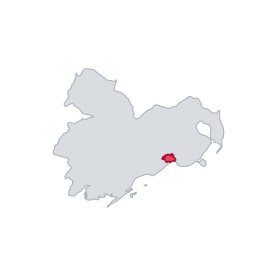 where Carabobo sits in Venezuela, rotated 147°
{"feature_id": "VEN-33", "entity_name": "Carabobo", "entity_type": "State", "adm_level": 1, "iso_a3": "VEN", "parent_name": "Venezuela", "parent_adm1": "", "projection": "mercator", "projection_center": [-67.927, 10.207], "detail": "fine", "context": "in_parent", "style": "filled", "palette": "rose", "viewbox_px": 256, "rotation_deg": 147, "n_neighbors": 0, "source": "natural_earth", "source_scale": "10m", "svg_char_len": 5051}
<svg xmlns="http://www.w3.org/2000/svg" viewBox="0 0 256 256"><g transform="rotate(147 128 128)"><path d="M212.0,101.2L214.3,104.3L214.1,105.1L212.6,105.8L211.8,107.6L209.9,108.3L207.3,110.5L205.6,110.7L203.0,114.2L204.4,117.0L204.1,118.4L204.7,119.1L207.8,119.2L208.1,120.0L207.7,121.1L207.1,121.8L203.0,124.1L201.0,123.9L200.2,124.6L197.6,125.1L196.8,126.4L197.5,128.2L197.8,131.2L194.4,134.8L202.7,144.2L203.6,144.7L204.5,146.9L204.2,148.2L202.7,149.7L200.6,150.8L199.4,152.7L198.1,153.1L195.9,153.0L194.7,154.0L193.3,154.4L192.4,155.9L184.7,158.3L181.4,157.6L177.6,159.4L176.9,163.8L175.7,164.8L174.3,164.8L169.6,160.3L167.2,160.9L165.6,160.3L160.9,160.5L158.7,158.0L153.8,157.8L151.9,156.1L151.1,156.1L150.7,156.6L152.6,159.4L158.3,164.9L158.4,169.8L161.0,176.6L160.6,178.7L162.1,179.4L168.9,179.9L168.9,182.3L168.0,183.4L166.6,183.6L163.1,185.4L161.0,186.0L159.7,190.0L158.5,191.1L157.3,192.1L155.0,192.1L151.8,194.7L150.7,194.6L148.1,195.9L143.8,199.6L142.4,201.8L141.3,201.9L141.7,199.9L141.2,198.8L140.2,198.3L139.2,198.2L138.0,198.7L134.9,200.6L131.8,201.1L130.2,200.2L124.5,195.1L124.4,193.3L123.0,189.2L120.1,181.6L120.2,180.2L115.6,176.3L115.0,175.0L113.1,174.5L111.9,175.0L112.2,173.7L118.4,168.2L118.9,167.1L116.5,163.5L115.2,162.5L114.4,161.3L112.9,157.1L112.5,153.8L112.0,153.1L112.6,145.1L112.4,143.3L112.8,142.0L114.0,141.1L114.7,139.6L114.8,137.7L115.5,136.1L116.8,134.9L117.3,133.6L116.7,131.7L115.6,130.9L111.9,130.3L110.9,130.9L104.1,132.0L100.7,132.0L98.2,131.4L96.2,131.6L93.9,132.7L92.8,132.1L91.9,132.4L83.0,121.7L79.7,121.5L75.2,120.0L71.7,121.2L70.2,121.3L63.9,120.7L60.5,121.3L59.0,120.7L58.0,119.9L56.4,116.4L54.1,115.8L53.1,114.4L53.4,108.7L54.5,107.1L54.1,104.6L53.8,103.3L50.6,100.2L48.9,94.0L46.9,93.6L46.2,92.3L45.6,92.0L43.9,92.9L42.0,93.2L41.7,92.9L46.3,85.2L48.0,76.1L50.3,71.6L53.4,68.0L55.9,66.9L59.6,60.8L67.8,58.2L65.6,60.1L60.8,61.3L59.6,62.0L59.8,64.1L61.2,67.0L63.7,69.3L62.5,69.5L63.0,71.6L64.2,73.0L64.3,73.9L63.4,76.7L59.7,81.0L57.7,84.8L59.2,87.1L59.4,88.2L62.2,91.0L61.9,92.1L63.1,94.4L65.0,94.7L68.8,93.3L70.8,90.9L71.2,86.2L70.8,84.6L68.5,80.6L66.9,79.0L65.6,75.5L64.9,72.3L66.0,71.6L65.9,69.9L68.5,69.5L74.1,66.7L77.7,66.1L81.6,64.6L83.4,62.7L84.0,62.6L86.1,63.7L87.1,63.3L87.5,62.4L86.9,60.7L82.2,61.3L81.0,57.9L82.0,55.2L84.6,54.1L86.4,55.7L87.6,60.7L89.3,63.2L94.4,62.7L99.6,63.8L105.0,67.4L106.7,71.0L106.0,71.9L106.3,73.5L107.1,75.1L108.3,76.0L111.8,76.3L123.0,74.5L132.5,74.2L134.3,75.0L134.5,76.3L137.5,79.1L146.8,81.5L150.3,81.2L158.8,76.5L163.3,76.6L164.6,75.9L162.9,75.2L159.1,74.9L158.0,75.4L157.4,74.2L162.8,73.8L167.6,74.1L171.5,73.2L174.6,73.3L177.7,72.7L183.6,73.4L188.2,72.8L187.7,73.6L183.7,74.2L181.8,75.3L177.8,75.1L175.0,75.5L175.9,75.9L175.9,77.0L176.7,77.3L177.9,78.7L178.2,79.9L177.2,81.7L178.4,81.5L179.0,80.9L179.0,79.6L179.6,79.8L182.6,85.2L183.8,84.0L184.7,84.7L184.7,82.7L185.7,82.8L187.8,84.1L190.0,87.2L189.7,84.8L191.4,84.8L191.9,83.8L195.5,87.2L199.3,88.2L202.1,90.7L201.5,92.0L199.8,92.6L199.1,93.4L197.9,97.4L196.3,100.5L191.5,100.6L195.5,103.0L197.0,102.0L199.0,101.9L202.0,100.6L206.0,101.2L207.8,100.2L210.0,100.3L212.0,101.2ZM163.1,67.8L163.5,69.5L162.2,70.9L160.5,71.0L159.1,70.0L158.4,70.2L156.0,69.7L156.7,68.8L158.4,68.3L159.7,69.4L160.8,69.4L161.1,68.6L162.5,67.3L163.1,67.8ZM201.2,96.0L198.7,97.3L198.5,96.0L200.5,94.5L201.3,95.4L201.2,96.0ZM145.7,70.7L145.0,71.0L143.1,70.3L143.5,69.8L144.5,69.8L145.7,70.7ZM201.7,93.6L200.2,94.0L200.6,93.1L202.2,92.5L202.8,92.7L201.7,93.6Z" fill="#d9dde1" stroke="#a8b0b8" stroke-width="1"/><path d="M106.9,74.7L107.0,74.9L107.5,75.5L107.9,75.9L108.5,76.1L110.0,76.1L110.3,76.2L110.6,76.3L110.9,76.4L111.1,76.3L111.3,76.3L111.5,76.2L111.7,76.3L111.8,76.4L111.8,76.5L111.7,76.6L111.7,76.8L111.7,77.3L111.7,77.5L111.9,77.8L112.4,78.3L112.5,78.3L112.7,78.2L112.9,78.1L113.0,78.0L113.3,78.0L113.7,78.1L113.8,78.2L114.1,78.1L114.3,78.2L114.4,78.3L114.5,78.5L114.5,78.9L114.5,79.0L114.4,79.1L114.3,79.3L114.5,81.0L114.5,81.3L114.4,81.4L114.2,81.6L114.1,81.9L114.1,82.0L114.4,82.0L115.4,82.4L115.5,82.4L115.8,82.5L116.1,83.1L116.2,83.5L115.9,83.5L115.7,83.5L115.4,83.9L115.3,84.2L115.2,84.3L115.1,84.1L114.9,84.1L114.6,84.3L114.2,84.4L114.1,84.5L113.9,84.4L113.9,84.2L113.9,83.9L113.6,83.9L113.4,83.8L113.4,83.7L113.2,83.5L113.2,83.4L112.9,83.3L112.7,83.3L112.5,83.5L112.6,84.1L112.7,84.4L112.8,84.7L112.3,84.7L111.8,84.8L111.7,84.8L110.9,84.7L110.4,84.6L110.2,84.5L110.1,84.3L110.1,84.2L110.3,84.1L110.3,83.9L110.2,83.9L109.8,84.0L109.6,84.1L109.3,84.3L109.2,84.3L109.1,84.2L108.9,84.0L108.7,83.8L108.5,83.7L108.3,83.6L107.4,82.9L107.2,82.8L107.0,82.6L106.9,82.4L106.9,82.2L107.0,82.0L107.5,81.6L107.3,81.4L107.3,81.2L107.2,80.9L106.9,80.8L106.5,81.4L106.3,81.5L106.1,81.9L105.9,82.3L105.4,82.6L105.1,82.3L105.1,82.2L105.0,81.9L105.0,81.7L104.9,81.6L104.8,81.4L104.9,81.2L104.7,80.2L104.8,80.0L105.2,79.4L105.4,79.2L105.5,79.1L105.1,77.8L105.2,76.0L105.2,75.8L105.3,75.6L105.4,75.4L105.5,75.4L105.8,75.3L106.1,75.4L106.4,75.3L106.5,75.2L106.9,74.7L106.9,74.7Z" fill="#f43f5e" stroke="#9f1239" stroke-width="1.5"/></g></svg>